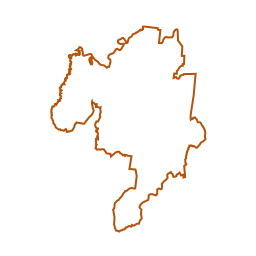 outline of Phu Giao, Bình Phước, Vietnam, rotated 187°
{"feature_id": "81297802B21040073838815", "entity_name": "Phu Giao", "entity_type": "district", "adm_level": 2, "iso_a3": "VNM", "parent_name": "Vietnam", "parent_adm1": "Bình Phước", "projection": "equal_earth", "projection_center": [106.819, 11.34], "detail": "fine", "context": "isolated", "style": "outline", "palette": "amber", "viewbox_px": 256, "rotation_deg": 187, "n_neighbors": 0, "source": "geoboundaries", "source_scale": "gbopen_adm2", "svg_char_len": 5948}
<svg xmlns="http://www.w3.org/2000/svg" viewBox="0 0 256 256"><g transform="rotate(187 128 128)"><path d="M186.2,202.2L186.5,200.8L188.8,198.8L185.4,198.5L186.2,197.7L186.0,197.3L185.0,196.8L184.8,195.1L185.1,194.6L185.6,194.5L186.9,195.4L187.5,194.3L188.2,193.9L188.4,194.2L188.4,195.3L188.8,195.4L189.0,194.0L189.7,194.7L190.7,194.8L191.4,194.6L191.7,193.6L192.8,192.6L193.3,192.7L193.8,193.5L194.7,193.4L195.4,192.7L195.4,191.4L194.7,190.6L193.8,190.6L193.2,191.2L192.9,191.0L192.9,190.4L193.7,189.6L193.5,188.9L193.6,187.5L192.5,186.9L192.3,186.3L192.4,184.8L193.2,184.8L193.3,183.1L193.2,182.9L192.6,183.1L192.6,182.6L193.3,181.7L192.6,180.9L192.3,179.8L191.7,179.7L191.6,179.3L192.1,178.7L192.5,178.7L193.0,179.4L193.6,179.2L193.7,178.8L192.5,177.1L193.3,176.9L193.3,175.9L192.1,175.1L192.0,174.7L192.6,174.0L194.6,173.9L195.0,173.5L194.8,172.7L195.0,171.9L194.5,170.2L195.1,169.5L195.4,170.3L195.6,170.2L195.5,169.5L196.2,169.6L196.4,169.1L196.4,168.4L195.8,167.5L196.3,167.4L197.0,165.2L196.4,163.7L197.9,163.9L197.9,163.3L198.6,163.1L198.7,162.4L199.3,162.2L199.3,160.5L200.3,160.1L200.6,159.6L200.5,158.6L198.4,157.4L198.7,157.0L199.7,157.5L199.8,156.7L199.3,155.8L199.7,153.9L199.0,153.9L199.6,153.3L199.8,152.7L199.5,152.2L198.4,151.5L198.8,149.5L198.3,149.5L198.1,149.1L199.2,148.1L198.9,147.8L198.8,146.7L199.2,146.5L199.6,147.0L199.9,146.5L200.5,146.7L200.3,146.2L200.8,145.6L200.7,145.1L201.1,144.6L201.3,143.7L201.7,143.6L201.9,142.8L202.3,143.3L203.3,143.0L203.5,142.5L203.4,142.0L203.7,140.6L204.7,140.5L204.9,140.1L205.2,140.3L205.7,139.9L206.2,136.9L205.9,136.5L206.3,135.3L205.9,134.6L206.0,134.2L205.5,133.8L205.7,132.4L205.0,131.8L205.3,130.0L205.2,128.7L204.2,127.7L203.9,126.7L203.0,125.7L202.7,123.7L201.2,122.5L199.7,119.7L196.4,118.0L195.1,118.4L194.5,117.6L192.5,117.8L191.4,117.4L189.9,119.2L189.4,119.3L189.0,118.9L188.4,116.7L187.7,116.6L186.5,117.5L185.6,117.5L183.0,118.8L181.4,122.5L181.4,124.3L180.7,125.4L180.7,126.1L180.0,126.4L179.7,127.2L172.2,126.8L167.7,134.2L165.8,136.2L164.8,138.4L164.2,140.7L164.4,141.7L165.3,143.0L165.9,145.9L166.5,146.8L166.9,149.4L166.8,150.0L166.1,148.7L164.5,148.5L163.7,147.5L162.5,147.1L162.4,147.7L161.9,147.8L161.9,146.9L162.5,146.0L162.4,144.9L160.7,145.3L158.8,144.7L157.8,145.2L157.8,143.3L157.0,140.5L157.5,138.4L157.4,136.7L156.9,135.4L158.6,130.7L160.1,130.7L161.0,128.1L160.8,126.1L160.0,124.7L159.0,124.0L157.8,124.0L157.6,123.7L158.1,122.4L158.5,121.9L159.3,121.8L159.5,121.2L158.9,120.4L158.3,120.9L157.3,119.2L157.1,118.1L157.6,115.6L157.4,115.3L156.8,115.7L156.4,114.1L156.4,113.2L157.8,114.1L158.5,113.2L158.5,112.6L158.2,112.2L158.3,110.9L157.8,110.0L157.9,108.1L157.0,107.6L157.8,105.7L157.5,104.9L157.6,103.9L157.1,104.0L156.4,102.8L155.6,102.8L154.3,103.3L152.9,103.2L151.1,103.8L149.3,103.8L146.1,100.2L142.3,100.2L141.5,97.6L137.1,102.4L134.6,103.4L133.8,103.3L132.8,102.2L131.0,101.4L129.7,100.2L128.3,101.0L127.6,99.9L126.7,100.9L125.7,100.9L125.2,100.5L121.1,100.4L121.6,87.5L115.5,87.7L113.5,81.5L113.5,69.0L114.4,68.6L117.1,68.9L119.3,68.1L121.6,65.5L123.2,65.0L123.4,64.2L124.8,62.2L125.1,61.1L126.7,58.1L127.3,57.7L128.1,55.8L129.8,54.6L131.8,51.8L132.0,50.4L131.8,47.7L132.1,46.2L132.8,45.3L130.5,37.7L130.1,30.7L128.6,27.0L127.2,24.6L125.3,24.7L124.3,24.1L123.6,24.5L123.2,25.2L121.2,25.9L120.9,26.5L119.5,26.8L118.4,27.8L118.3,28.8L117.3,29.1L115.4,30.6L114.4,30.9L113.7,30.5L112.8,30.5L112.5,30.9L112.2,32.3L110.9,31.8L110.1,31.9L107.6,34.0L105.5,34.4L104.9,37.5L103.5,39.7L103.4,40.4L104.7,44.3L104.7,48.4L106.9,50.7L106.9,51.7L105.9,54.0L103.8,56.2L99.3,59.0L99.0,60.3L99.3,63.5L98.6,64.5L96.8,65.2L95.6,65.2L92.2,64.5L91.4,65.1L91.1,66.8L91.4,70.7L90.1,71.7L88.0,71.2L87.2,71.6L87.0,74.0L87.6,76.7L85.8,79.4L84.0,81.2L82.6,83.4L83.3,85.8L83.2,86.9L82.8,87.3L80.1,89.4L79.6,88.6L78.2,87.8L76.9,85.0L76.6,85.0L74.3,85.9L74.0,87.7L73.2,88.0L71.3,90.0L69.5,87.4L67.4,88.4L66.9,85.6L65.3,86.3L67.6,97.1L65.8,98.8L65.7,99.3L66.2,99.9L66.6,99.9L67.4,103.7L66.9,104.5L66.9,105.0L66.6,105.5L67.0,107.4L66.6,108.3L66.8,109.1L66.6,110.3L66.3,110.7L66.6,111.4L66.4,112.2L66.0,112.6L65.8,114.5L65.5,114.6L65.7,115.5L64.9,116.4L64.9,118.0L63.9,118.0L63.5,118.4L63.1,118.0L62.5,118.3L61.4,117.7L61.1,118.2L60.5,118.1L57.8,116.7L57.2,116.8L54.7,120.4L54.3,121.6L53.6,122.6L51.8,123.8L49.7,126.4L50.7,129.0L50.6,131.8L51.0,134.1L52.7,137.2L53.5,138.0L53.9,138.9L54.7,139.4L56.5,142.0L57.2,142.3L59.4,142.3L60.5,144.5L62.9,146.7L64.6,145.9L64.4,145.5L64.8,145.0L65.4,144.9L65.7,144.5L66.2,144.6L66.7,144.0L67.1,145.6L67.4,149.0L66.8,168.4L67.5,190.0L79.1,188.3L79.3,187.7L82.4,186.3L83.1,184.1L83.9,183.0L85.2,183.1L86.5,184.5L88.8,183.2L88.7,187.7L86.3,187.7L86.4,190.6L85.6,191.4L84.2,194.6L82.7,196.2L81.2,196.4L81.5,198.1L80.2,198.4L80.9,206.5L83.4,206.1L84.0,215.6L89.0,220.9L90.6,230.9L90.9,231.6L91.5,231.9L92.9,231.3L94.2,229.0L94.4,227.3L94.3,225.3L95.3,223.4L99.6,222.7L101.5,223.1L102.7,221.9L103.8,219.9L103.8,218.7L104.5,216.7L105.0,216.3L107.6,216.1L107.8,229.2L109.9,229.1L110.7,230.2L110.7,230.7L123.8,230.7L125.5,230.4L125.2,227.9L125.9,227.7L125.9,227.1L127.2,226.4L127.7,227.0L130.8,223.8L131.5,223.8L132.0,223.0L134.4,221.8L135.6,219.3L138.1,217.3L138.9,212.6L140.6,212.0L140.6,213.2L140.9,214.1L143.5,216.7L144.6,216.7L146.5,215.0L148.0,214.4L148.6,213.4L148.6,212.3L148.3,211.6L146.8,210.7L145.6,210.5L142.6,211.1L142.4,210.7L142.6,209.4L144.5,205.3L145.0,204.6L146.2,204.3L148.2,205.3L149.4,204.8L151.4,200.8L152.3,200.0L153.2,199.8L154.9,198.8L156.1,197.5L156.2,195.4L155.7,194.5L153.9,193.7L153.4,191.6L154.2,186.4L155.1,186.3L156.4,185.3L159.1,187.1L162.4,187.4L164.3,188.2L165.7,189.9L169.3,191.8L171.3,194.0L171.8,193.9L172.2,193.3L172.6,190.8L171.5,188.7L171.3,187.4L171.7,186.7L172.5,186.7L174.1,189.1L174.8,191.3L174.4,192.6L172.7,194.4L172.6,195.5L173.0,196.3L173.7,196.8L174.9,196.8L180.5,194.3L181.2,194.5L181.8,195.4L182.1,197.6L183.3,201.1L184.9,202.3L186.2,202.2Z" fill="none" stroke="#b45309" stroke-width="2"/></g></svg>